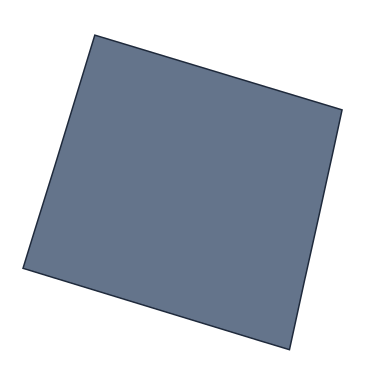 outline of Jones, Mississippi, United States of America, rotated 107°
{"feature_id": "52423323B52993259514924", "entity_name": "Jones", "entity_type": "district", "adm_level": 2, "iso_a3": "USA", "parent_name": "United States of America", "parent_adm1": "Mississippi", "projection": "equal_earth", "projection_center": [-89.153, 31.629], "detail": "fine", "context": "isolated", "style": "filled", "palette": "slate", "viewbox_px": 384, "rotation_deg": 107, "n_neighbors": 0, "source": "geoboundaries", "source_scale": "gbopen_adm2", "svg_char_len": 340}
<svg xmlns="http://www.w3.org/2000/svg" viewBox="0 0 384 384"><g transform="rotate(107 192 192)"><path d="M314.3,52.7L241.5,58.7L239.7,58.8L178.1,63.6L142.6,66.5L114.8,68.7L69.6,72.5L70.4,330.8L113.0,330.8L124.1,330.8L205.9,330.8L277.0,331.2L314.4,331.3L314.4,81.5L314.3,52.7Z" fill="#64748b" stroke="#1e293b" stroke-width="1.5"/></g></svg>